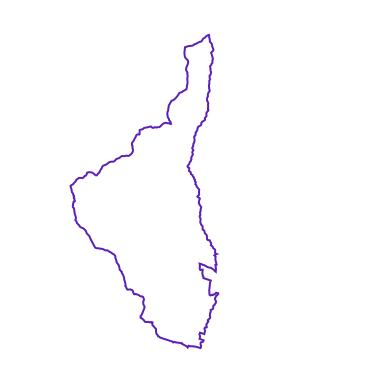 outline of Bertea, Prahova, Romania, rotated 37°
{"feature_id": "2599482B89107382852498", "entity_name": "Bertea", "entity_type": "district", "adm_level": 2, "iso_a3": "ROU", "parent_name": "Romania", "parent_adm1": "Prahova", "projection": "orthographic", "projection_center": [25.825, 45.276], "detail": "fine", "context": "isolated", "style": "outline", "palette": "violet", "viewbox_px": 384, "rotation_deg": 37, "n_neighbors": 0, "source": "geoboundaries", "source_scale": "gbopen_adm2", "svg_char_len": 6084}
<svg xmlns="http://www.w3.org/2000/svg" viewBox="0 0 384 384"><g transform="rotate(37 192 192)"><path d="M292.7,311.5L292.6,310.6L291.9,309.5L290.5,308.5L289.7,307.3L289.7,306.6L290.8,305.3L290.9,304.7L290.6,303.5L286.4,304.7L286.0,303.6L285.5,302.7L284.6,301.8L283.5,301.2L283.5,300.5L283.1,299.5L287.3,298.1L286.0,295.1L284.0,293.4L284.0,292.2L285.1,291.5L285.2,291.1L283.1,289.1L283.0,285.6L282.8,285.3L282.1,285.3L281.7,284.8L282.2,282.3L282.2,281.5L281.8,280.9L280.5,279.8L279.3,277.6L278.8,276.0L277.9,275.0L279.0,273.1L279.0,272.2L277.9,270.8L277.5,269.8L277.9,268.7L277.7,266.4L277.4,265.3L276.2,264.4L274.9,263.8L274.3,262.9L274.2,261.6L273.9,260.9L274.3,258.2L274.2,257.4L273.9,257.1L272.0,257.9L271.8,258.2L271.7,260.2L270.7,261.0L270.7,261.8L269.8,262.1L269.1,263.5L267.9,263.6L265.2,260.5L260.9,253.4L260.3,251.4L252.9,253.9L252.4,253.0L251.1,252.6L250.8,252.1L249.3,250.9L247.2,247.6L246.7,248.0L245.6,249.3L244.4,248.7L242.1,245.4L241.2,244.7L242.7,244.0L245.1,243.5L245.9,243.0L249.7,242.6L252.8,241.2L256.0,240.9L257.7,241.4L259.0,241.4L257.2,238.7L254.6,236.2L255.4,235.3L251.2,231.8L249.8,229.5L248.7,229.1L248.0,229.1L248.2,228.2L249.1,226.6L247.4,227.0L246.8,226.5L245.8,224.7L244.8,224.1L242.8,224.1L241.2,223.1L239.1,223.2L238.3,221.5L235.1,219.9L233.9,220.8L232.6,220.8L230.2,218.0L229.6,217.6L227.0,217.1L225.0,215.4L223.2,215.6L221.1,213.0L218.8,212.5L216.8,211.2L215.2,208.5L212.8,206.9L212.6,206.6L212.5,205.4L210.6,203.3L210.4,202.0L209.5,201.0L208.5,198.5L206.0,197.7L204.2,196.8L202.8,194.4L202.3,192.6L201.4,192.3L199.7,192.6L199.0,192.4L199.0,191.9L199.3,190.5L199.3,189.9L198.5,188.8L197.5,187.7L196.5,186.0L195.7,185.6L192.8,185.0L191.4,184.0L189.9,183.7L189.2,181.9L187.8,181.7L186.9,180.4L185.9,180.3L184.5,179.1L183.4,179.1L182.2,178.2L180.6,178.4L179.0,177.0L177.0,177.0L175.4,174.5L173.7,174.7L173.2,174.4L172.9,173.5L172.9,171.2L172.2,169.3L172.4,167.8L172.0,167.2L171.8,166.0L171.0,165.4L170.6,164.8L170.3,162.5L170.0,161.4L168.2,160.0L168.0,159.2L168.0,157.9L166.1,157.1L165.6,156.6L165.4,155.0L165.0,154.3L164.9,153.8L164.1,152.8L164.0,151.4L163.5,150.4L163.3,149.6L163.0,149.1L160.6,146.8L160.4,146.3L160.6,144.7L159.9,143.8L159.8,142.9L159.1,142.2L159.1,139.6L158.0,137.6L157.7,136.4L157.9,135.6L158.9,133.5L158.9,132.9L158.8,132.5L157.9,131.2L157.7,130.2L158.7,127.7L159.0,126.5L157.7,125.0L157.9,122.9L157.7,122.4L156.6,121.2L155.8,119.7L156.0,117.0L155.1,116.5L154.9,115.8L154.1,115.3L153.7,114.3L152.3,112.7L151.8,111.6L150.7,110.7L149.0,109.9L147.7,108.2L147.0,105.8L146.0,104.7L145.2,102.3L145.5,101.4L144.8,100.0L143.5,99.2L142.8,98.2L142.3,97.9L141.0,96.1L140.8,95.3L140.0,94.1L138.9,92.9L138.7,91.4L137.0,89.8L136.6,89.0L136.0,88.5L136.2,87.2L135.3,85.0L133.7,83.8L132.2,82.0L130.8,80.9L130.7,80.1L130.9,78.9L130.5,77.8L130.6,76.7L129.1,74.5L128.7,73.4L128.1,72.6L123.5,69.3L123.5,68.1L123.8,66.4L123.5,65.4L120.4,63.5L119.4,62.4L118.4,61.7L115.9,61.2L114.0,59.1L112.8,58.3L111.5,56.7L111.0,56.3L110.4,57.0L109.6,59.2L109.3,61.3L108.7,62.6L108.7,63.7L108.9,65.1L108.9,66.1L107.6,67.7L105.8,71.6L105.0,72.7L104.8,73.9L104.1,75.0L101.4,77.6L99.3,80.6L102.3,85.6L104.5,87.9L105.3,88.5L106.8,89.0L109.6,89.4L110.9,90.7L111.7,92.5L112.6,96.1L113.8,98.1L116.5,99.4L117.0,100.3L118.7,101.9L120.0,104.3L122.5,107.1L123.7,109.2L123.7,109.9L125.1,111.8L125.7,113.3L125.1,114.3L125.0,115.2L124.3,116.4L123.9,118.2L122.3,120.4L122.6,124.0L122.4,127.5L121.8,129.9L120.8,131.4L120.7,131.9L121.1,133.8L121.4,136.9L122.6,138.8L122.9,139.8L123.8,141.0L124.3,142.8L125.4,144.8L126.1,145.2L127.8,147.0L129.4,147.4L130.7,148.5L132.2,148.7L134.2,150.2L133.6,150.8L132.6,150.7L131.0,151.9L129.2,152.6L128.0,154.4L127.5,156.3L127.3,158.6L126.8,159.9L125.9,160.6L124.8,161.9L123.4,162.5L122.7,163.8L122.2,164.3L121.0,164.6L119.8,164.4L119.4,164.7L117.4,167.3L115.2,169.6L114.8,171.5L113.0,173.8L113.0,174.1L115.4,177.5L115.3,177.9L113.9,178.6L113.4,179.7L113.5,180.5L114.0,182.7L114.1,184.1L114.5,185.4L114.6,188.9L115.9,190.7L116.9,191.1L117.7,192.4L119.8,194.1L120.4,195.5L120.7,197.0L120.5,198.8L119.9,200.8L119.4,201.6L117.6,202.5L116.9,203.6L116.0,204.4L115.4,204.6L114.3,205.7L113.4,208.7L111.7,211.3L111.6,213.4L111.4,214.2L110.7,215.4L109.9,215.8L108.1,217.7L107.5,220.0L106.8,222.1L105.2,224.5L105.2,226.3L105.6,227.5L105.6,229.0L106.2,231.8L105.9,234.4L105.9,236.0L104.8,236.7L103.3,236.5L100.9,236.5L99.6,237.0L97.7,238.3L96.6,239.6L97.2,241.3L97.4,242.7L96.6,244.1L96.6,245.8L96.2,246.8L95.0,247.4L93.2,248.9L92.3,251.8L92.7,253.5L92.3,255.1L92.4,256.9L91.3,260.0L91.4,260.4L94.4,262.6L95.8,264.0L96.5,264.5L98.1,264.9L99.1,265.9L100.2,266.1L100.4,266.9L101.4,267.6L101.3,267.9L102.3,268.3L102.9,269.3L103.9,269.6L104.0,270.0L103.4,270.9L103.3,271.2L103.9,271.9L104.1,273.1L104.9,273.9L105.3,275.1L106.3,275.9L107.3,275.9L107.7,276.2L111.2,279.7L114.6,282.2L115.0,282.6L115.7,284.6L117.2,284.9L118.9,286.1L121.6,286.5L123.9,287.2L127.5,286.4L130.5,286.9L132.9,288.4L136.7,289.0L138.3,290.1L148.0,294.7L149.7,294.3L151.6,293.0L152.7,292.6L154.5,291.4L158.3,290.6L159.7,289.4L161.6,289.4L163.2,289.1L165.6,289.1L167.1,288.8L168.6,289.1L169.6,289.6L170.6,290.9L171.8,291.5L174.3,293.6L177.5,294.5L179.9,296.4L180.7,297.3L181.5,297.7L182.2,297.6L183.1,298.1L183.9,298.0L184.7,298.9L186.9,299.7L189.3,301.3L190.6,302.8L192.7,304.2L194.9,306.2L195.3,307.2L195.7,307.2L198.7,308.8L199.5,308.6L201.2,307.0L202.9,306.4L204.1,306.5L205.7,307.7L207.2,308.4L207.8,308.2L208.2,307.5L210.8,306.5L212.6,306.3L213.2,306.4L214.8,305.8L215.3,305.2L215.8,305.2L217.4,306.0L218.5,307.0L219.0,309.0L220.7,310.9L223.1,312.2L223.6,312.7L225.1,317.8L225.8,321.3L225.6,322.1L226.7,323.4L227.7,323.1L231.0,323.4L232.3,324.0L233.1,323.7L235.5,321.9L236.7,321.5L237.8,320.3L238.9,319.9L239.1,320.9L239.7,321.0L240.8,322.3L242.4,322.3L243.7,322.8L245.1,322.9L245.7,323.1L247.1,324.9L248.8,326.6L251.2,327.1L251.8,327.7L253.0,327.3L254.4,327.4L266.8,323.1L267.6,323.4L268.3,322.2L269.3,322.0L274.8,318.9L275.3,318.8L275.6,319.3L280.7,318.4L282.2,318.8L281.9,316.8L283.3,316.4L285.4,314.8L288.1,313.3L292.7,311.5Z" fill="none" stroke="#5b21b6" stroke-width="2"/></g></svg>